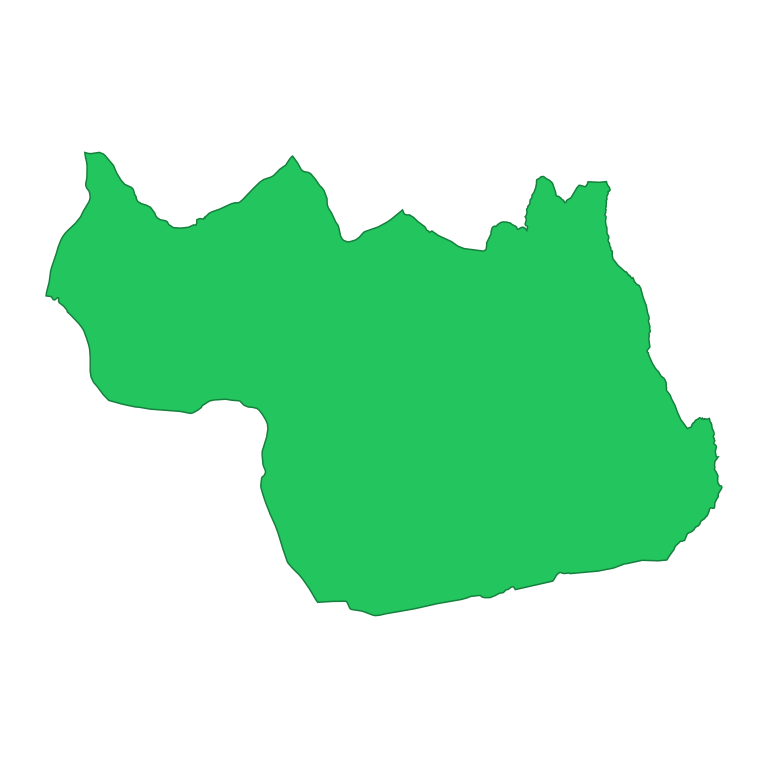 outline of Gayo Lues, Aceh, Indonesia
{"feature_id": "22746128B71384327775718", "entity_name": "Gayo Lues", "entity_type": "district", "adm_level": 2, "iso_a3": "IDN", "parent_name": "Indonesia", "parent_adm1": "Aceh", "projection": "equal_earth", "projection_center": [97.458, 3.981], "detail": "fine", "context": "isolated", "style": "filled", "palette": "green", "viewbox_px": 768, "rotation_deg": 0, "n_neighbors": 0, "source": "geoboundaries", "source_scale": "gbopen_adm2", "svg_char_len": 6067}
<svg xmlns="http://www.w3.org/2000/svg" viewBox="0 0 768 768"><path d="M288.0,563.0L292.4,568.1L299.2,574.8L303.0,579.5L309.6,589.1L316.0,600.0L317.7,602.3L332.6,601.4L345.6,601.2L347.2,602.4L349.7,608.1L350.5,609.0L351.7,609.5L362.1,611.1L373.4,615.3L375.5,615.6L379.7,615.2L385.6,613.8L414.4,608.8L436.5,603.8L461.2,599.5L466.7,598.0L470.8,596.4L480.1,595.4L482.4,597.2L485.2,597.7L490.1,597.6L495.3,595.5L499.6,593.2L503.3,592.6L506.0,589.9L508.2,589.4L511.6,586.9L513.3,586.8L514.0,587.5L515.3,589.6L552.3,581.2L553.3,580.6L556.7,574.9L558.0,573.6L560.0,572.4L563.9,573.6L568.6,573.0L570.2,573.6L598.0,571.1L613.7,568.0L624.1,564.0L626.0,563.8L642.3,560.3L658.2,560.8L666.8,560.0L669.7,555.4L673.8,549.8L675.4,546.1L680.6,541.2L682.3,541.2L684.6,540.4L687.4,533.6L692.1,531.4L694.0,529.7L695.4,527.2L697.9,526.1L699.5,524.5L701.0,521.1L704.6,518.6L705.3,517.4L707.3,515.6L709.1,511.1L709.5,509.0L710.6,507.8L712.8,508.3L714.3,508.0L714.7,506.6L714.8,503.1L716.5,499.4L718.2,496.9L718.2,494.0L721.5,488.6L721.9,487.2L721.3,486.0L719.6,485.7L717.9,482.7L717.6,481.2L717.9,475.6L715.9,471.5L714.4,469.5L714.9,467.4L714.5,464.9L714.8,462.7L714.7,461.8L718.2,456.9L716.8,457.0L716.3,456.6L715.9,455.1L715.3,451.3L716.4,447.0L716.2,446.1L715.4,444.9L714.2,444.0L713.7,443.2L714.0,442.2L714.8,440.8L714.2,439.5L714.2,438.5L713.2,436.9L713.3,436.0L714.1,434.8L714.1,433.3L713.5,431.0L712.2,428.5L711.6,424.2L711.2,423.1L709.8,421.2L709.8,419.7L709.3,418.4L707.4,419.2L704.3,418.7L703.9,419.3L702.9,418.9L702.4,418.2L701.8,418.9L700.5,418.0L699.3,417.8L698.5,418.7L695.4,420.4L694.0,422.7L693.3,422.8L692.0,424.6L691.4,426.9L687.4,428.5L680.9,419.8L677.5,412.4L675.0,405.4L671.5,398.7L670.2,395.2L666.5,390.3L666.3,389.2L666.7,388.1L666.1,386.4L666.3,384.9L666.1,382.6L665.3,380.5L664.1,378.4L661.3,376.3L659.5,373.6L659.1,372.4L656.5,369.7L655.0,367.7L652.2,363.0L648.8,355.2L648.2,352.6L647.1,351.8L647.3,350.3L649.9,347.0L648.8,338.7L649.2,336.0L649.0,333.4L650.3,331.4L649.6,328.2L650.0,326.8L648.5,321.5L648.5,320.3L649.2,318.9L648.7,315.7L647.7,313.4L646.3,305.8L643.1,297.3L640.7,288.2L639.1,285.5L636.4,284.1L635.2,282.3L634.4,282.0L634.0,280.1L632.9,277.7L632.3,278.3L631.5,278.0L629.6,275.3L628.8,275.5L628.3,275.2L628.1,274.3L626.3,271.9L625.2,271.8L618.0,265.4L613.1,259.0L612.2,255.4L612.4,251.3L610.9,249.9L610.7,247.4L610.1,246.8L609.8,245.9L609.4,242.9L608.7,242.3L608.1,240.9L608.2,239.3L608.7,238.7L608.7,236.4L607.0,233.3L606.9,228.1L606.7,226.9L605.9,225.3L605.5,220.9L606.1,217.3L605.9,216.3L605.2,215.6L604.8,214.4L605.7,213.1L605.6,212.0L606.1,209.8L605.5,208.7L606.2,206.4L606.2,203.6L606.5,202.4L606.2,200.9L607.0,199.2L606.7,197.4L606.8,196.3L608.1,193.8L608.2,191.4L609.4,191.1L610.1,190.1L609.8,188.5L608.9,186.8L607.6,185.2L606.6,182.7L606.5,181.6L599.4,182.3L588.0,181.8L587.3,184.1L585.6,186.5L584.6,186.6L580.1,185.3L578.9,185.4L576.9,187.8L571.0,197.7L566.7,200.4L565.9,202.3L565.0,202.6L564.4,202.3L563.6,200.3L562.1,199.7L560.8,198.0L558.5,196.3L556.9,196.2L556.2,195.7L555.5,192.0L552.5,183.2L551.2,181.8L548.8,179.9L546.3,178.7L543.6,176.5L541.1,176.7L539.1,178.5L536.9,179.6L536.5,180.7L536.5,183.3L535.8,187.4L533.9,192.5L532.0,195.2L531.9,198.0L530.3,199.5L529.9,201.4L530.0,203.0L529.5,204.3L527.8,206.4L527.8,207.5L526.6,209.3L527.0,212.6L526.2,215.5L525.1,216.8L526.1,218.2L526.3,220.0L525.1,224.0L525.6,225.4L527.2,226.1L527.6,227.0L526.8,230.5L525.0,228.1L522.7,227.1L520.8,227.7L518.1,229.4L517.4,229.0L516.4,227.0L515.5,226.2L512.4,224.7L510.3,223.0L506.6,222.1L503.3,221.9L500.9,222.4L498.2,224.2L495.7,226.5L494.6,226.1L493.0,226.9L492.1,227.9L491.1,231.6L490.9,234.2L486.6,243.0L486.7,244.9L486.1,249.5L483.6,251.1L464.2,248.6L458.1,246.3L451.5,241.6L438.3,235.5L431.9,231.0L429.4,232.4L428.7,231.2L426.8,230.2L424.9,226.8L417.9,221.6L413.5,217.4L409.5,214.9L407.2,215.0L404.8,214.3L404.0,213.6L402.6,209.9L390.9,219.5L386.9,222.2L378.3,226.9L364.6,231.7L363.3,232.7L359.1,237.5L355.5,240.0L349.3,241.9L347.2,241.8L343.4,240.3L341.7,238.2L340.6,236.0L338.9,228.2L338.1,225.5L335.7,222.0L331.5,212.9L328.3,207.9L327.2,204.4L327.0,198.5L324.0,190.5L322.1,187.9L319.6,185.5L315.5,179.4L310.7,173.7L308.6,172.5L303.6,171.5L301.4,169.9L297.5,162.8L292.6,156.1L291.4,157.0L289.0,160.0L285.7,165.1L280.2,168.9L273.8,175.4L271.2,177.0L263.5,179.6L259.7,182.3L253.6,188.2L242.3,200.0L239.3,202.4L237.8,202.9L234.9,202.8L231.0,203.9L219.5,209.2L211.8,211.9L209.0,213.4L205.8,216.5L205.0,217.9L204.7,217.3L203.2,219.1L200.1,218.5L196.9,219.6L196.8,223.0L195.9,225.1L193.6,224.9L188.7,227.2L183.8,227.8L180.6,228.1L173.5,227.7L168.7,224.5L167.1,221.6L165.4,220.7L160.5,219.8L157.5,218.1L155.9,216.1L154.7,213.0L150.5,207.3L146.6,205.3L141.3,203.6L137.7,201.4L136.5,199.2L136.1,196.8L134.5,194.0L133.6,190.4L132.6,188.5L131.2,187.3L124.8,184.4L121.0,180.2L116.5,172.7L113.5,165.5L104.9,155.3L103.5,154.1L99.5,152.4L91.1,153.6L88.6,153.5L84.8,152.5L85.5,157.4L86.6,162.0L87.1,166.2L86.9,177.8L85.7,183.8L85.9,186.1L86.8,188.2L89.0,191.0L89.8,193.6L90.2,197.2L89.7,199.7L88.8,202.0L83.4,211.0L80.6,216.8L75.7,223.0L67.5,230.8L65.0,233.5L62.5,237.0L61.0,239.8L58.0,247.4L56.6,252.6L51.6,267.4L50.6,271.1L49.2,282.0L46.5,292.5L46.1,295.9L51.3,296.6L53.1,299.4L54.2,300.0L54.8,299.9L57.4,297.7L58.6,297.9L58.6,301.2L59.1,302.6L63.7,306.2L66.8,309.9L67.5,312.1L69.7,314.0L78.8,323.5L82.0,327.7L83.8,330.7L86.5,338.0L88.8,345.2L89.6,349.2L90.2,357.0L90.2,371.4L91.1,377.1L93.6,382.4L97.1,386.4L103.1,394.5L108.8,400.4L122.0,404.1L135.1,406.9L139.6,407.3L150.0,409.1L180.2,411.4L190.3,413.4L193.0,412.8L197.9,410.1L201.3,407.5L202.3,405.6L209.5,401.0L213.9,400.0L225.5,399.2L232.4,400.3L239.1,400.8L240.1,401.2L243.5,404.8L244.8,405.6L248.3,407.0L252.8,407.4L256.9,408.4L259.2,410.2L262.4,414.4L265.7,419.8L267.4,423.9L267.9,428.9L266.7,436.8L262.2,451.5L262.1,454.7L263.0,464.5L263.8,467.0L265.0,469.6L265.5,471.5L265.4,472.9L264.1,475.5L262.2,477.0L261.6,478.2L260.8,485.8L261.0,487.6L262.9,494.5L265.7,502.8L270.3,514.5L275.4,525.8L278.0,532.9L283.2,549.8L287.1,561.1L288.0,563.0Z" fill="#22c55e" stroke="#15803d" stroke-width="1.5"/></svg>